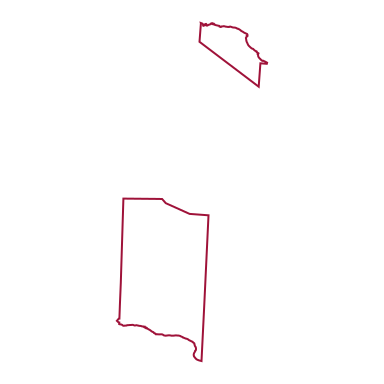 outline of Doomadgee, Queensland, Australia
{"feature_id": "25037944B37268575436611", "entity_name": "Doomadgee", "entity_type": "district", "adm_level": 2, "iso_a3": "AUS", "parent_name": "Australia", "parent_adm1": "Queensland", "projection": "orthographic", "projection_center": [138.852, -17.447], "detail": "fine", "context": "isolated", "style": "outline", "palette": "rose", "viewbox_px": 384, "rotation_deg": 0, "n_neighbors": 0, "source": "geoboundaries", "source_scale": "gbopen_adm2", "svg_char_len": 4520}
<svg xmlns="http://www.w3.org/2000/svg" viewBox="0 0 384 384"><path d="M201.5,361.0L201.8,355.0L204.1,308.4L208.5,215.3L189.6,213.9L165.8,203.2L162.1,199.0L155.5,198.9L123.4,198.6L120.8,282.9L119.9,304.8L119.4,318.6L118.8,318.6L116.9,320.8L118.6,322.4L119.3,322.5L119.2,324.1L119.5,324.2L119.9,324.3L120.4,324.4L120.7,324.4L121.2,324.5L121.7,324.7L122.2,324.9L122.4,325.1L122.6,325.3L123.0,325.6L123.4,325.7L123.9,325.8L124.2,325.7L124.5,325.7L124.8,325.6L125.2,325.6L125.4,325.6L125.7,325.6L126.2,325.6L126.7,325.3L127.2,325.3L127.8,325.1L128.4,325.1L128.7,325.1L129.2,325.1L129.8,325.0L131.0,325.0L131.8,324.9L132.6,324.9L133.0,324.9L133.3,325.0L134.0,325.3L134.7,325.5L135.6,325.4L136.2,325.2L137.0,325.3L137.7,325.5L138.4,325.6L139.0,325.8L139.7,325.9L140.2,325.9L141.0,326.0L141.4,326.2L141.8,326.3L142.3,326.5L143.0,326.4L143.4,326.5L143.8,326.6L144.2,326.7L144.6,326.7L144.6,326.9L144.3,326.9L144.2,327.2L144.5,327.4L145.2,327.7L145.7,328.0L146.3,328.4L146.6,328.4L146.4,328.1L146.4,327.8L146.4,327.7L146.8,327.9L147.2,328.4L147.7,328.8L148.1,329.0L148.5,329.3L148.9,329.5L149.4,329.7L150.0,330.1L150.7,330.6L151.1,330.9L151.5,331.3L151.9,331.5L152.6,331.9L153.0,332.0L153.4,332.2L153.8,332.6L153.9,332.9L154.4,333.2L154.9,333.5L155.3,333.5L155.5,333.7L155.6,334.0L155.9,334.3L156.3,334.3L156.7,334.2L157.2,334.2L157.6,334.3L158.2,334.3L159.2,334.4L160.1,334.3L160.8,334.3L161.6,334.3L162.2,334.4L162.9,334.7L163.3,335.0L163.9,335.4L164.5,335.5L165.5,335.7L166.4,335.6L167.2,335.5L167.8,335.4L168.8,335.3L169.6,335.3L170.1,335.4L170.8,335.5L171.4,335.7L171.9,335.7L172.6,335.7L173.3,335.7L173.9,335.6L174.7,335.5L174.9,335.5L175.5,335.4L176.2,335.4L177.2,335.5L177.9,335.5L178.8,335.6L179.6,335.8L180.3,336.0L180.7,336.3L181.4,336.6L181.7,336.7L182.1,336.9L182.7,337.2L182.8,337.4L183.1,337.4L183.4,337.6L183.8,337.8L184.6,338.1L185.5,338.5L186.2,338.7L186.5,338.7L186.8,338.8L187.1,338.9L187.5,339.1L188.0,339.3L188.2,339.5L188.6,339.8L188.8,340.0L189.0,340.1L189.7,340.5L190.3,340.7L190.7,340.9L190.9,341.0L191.5,341.4L192.1,341.6L192.5,341.7L192.6,341.8L192.8,342.1L192.9,342.3L193.1,342.4L193.3,342.6L193.6,342.8L193.8,342.9L194.2,343.3L194.3,343.4L194.3,343.6L194.4,343.8L194.4,344.2L194.5,344.3L194.5,344.5L194.6,344.8L194.7,345.0L194.7,345.3L194.8,345.6L195.0,346.1L195.2,346.4L195.5,346.7L195.6,347.1L195.7,347.4L195.8,347.5L195.9,348.0L196.0,348.7L196.0,349.3L195.9,349.7L195.8,350.2L195.5,350.6L195.3,350.6L195.1,350.8L195.1,351.4L194.8,351.9L194.3,352.7L193.9,353.6L193.7,354.7L193.7,355.2L193.9,355.6L193.9,356.1L194.0,356.4L194.2,356.7L194.6,357.1L194.9,357.6L195.3,357.9L195.5,358.3L195.8,358.7L196.2,358.9L196.5,359.3L197.3,359.7L197.7,359.9L198.3,360.1L198.8,360.3L199.3,360.5L199.9,360.6L200.5,360.8L201.2,360.9L201.5,361.0ZM267.1,62.7L265.3,61.7L263.1,60.7L262.5,60.9L262.0,60.7L261.9,60.5L261.7,60.3L261.5,60.1L261.2,60.0L260.9,59.7L260.7,59.5L260.6,59.4L260.4,59.1L260.3,58.9L260.1,58.8L259.9,58.7L259.6,58.4L258.8,57.4L258.3,56.6L258.2,56.1L258.1,55.3L258.0,54.8L257.7,54.3L258.5,53.5L258.5,53.3L258.4,53.2L257.9,53.3L257.4,52.7L257.0,52.5L256.9,52.2L256.6,52.0L256.6,51.8L256.7,51.6L256.5,51.3L255.9,51.2L254.6,50.4L253.2,49.0L252.9,48.8L252.3,48.7L251.6,48.3L250.7,47.6L249.0,46.0L248.3,45.2L247.6,43.8L247.4,43.2L246.9,42.3L246.5,41.3L246.4,40.8L246.4,40.6L246.3,40.4L246.1,38.8L246.0,38.6L245.9,37.9L246.2,37.5L246.6,36.6L247.1,36.4L247.5,36.0L247.5,35.8L247.2,35.8L247.1,35.7L247.3,35.6L247.3,34.9L247.4,34.5L247.1,34.0L244.2,32.7L242.6,31.6L241.3,31.0L240.5,30.2L239.0,29.2L238.1,28.9L237.9,28.7L237.3,28.7L236.8,28.3L236.2,28.0L235.4,27.7L235.1,27.7L234.2,27.5L233.3,27.5L232.2,27.3L231.9,27.1L230.3,26.6L230.0,26.6L229.9,26.7L229.4,26.8L229.2,26.8L229.0,27.0L227.5,26.9L226.3,26.7L225.4,26.6L224.9,26.4L224.7,26.3L223.5,26.2L222.8,26.4L222.3,26.4L221.9,26.4L221.1,26.6L220.9,26.7L220.8,27.0L220.7,27.0L220.2,26.8L219.6,26.6L219.6,26.4L219.5,26.1L219.3,25.9L218.8,25.8L217.8,25.6L217.4,25.5L215.2,25.0L214.7,24.7L214.2,24.6L213.2,24.2L212.2,24.1L212.1,23.9L212.3,23.8L212.5,23.8L213.7,24.2L213.9,24.1L214.1,23.9L213.9,23.7L213.0,23.5L212.4,23.2L211.5,23.3L211.0,23.5L210.1,24.4L208.4,24.9L207.5,25.5L207.1,25.6L206.3,25.5L205.6,25.1L205.6,24.8L205.9,24.6L206.5,24.7L206.3,24.1L206.0,23.9L205.6,24.0L205.2,24.1L204.7,24.6L204.6,25.1L204.4,25.3L204.0,25.1L203.8,25.6L203.6,25.8L203.3,25.8L203.1,25.5L203.2,24.8L203.1,24.6L202.7,23.9L202.4,23.6L200.8,23.0L200.9,23.4L199.5,41.8L204.5,45.6L258.7,86.7L260.4,63.3L266.8,63.8L267.1,62.7Z" fill="none" stroke="#9f1239" stroke-width="2"/></svg>